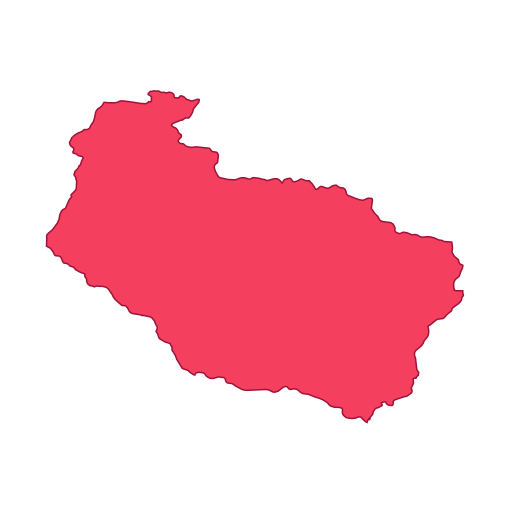 the district of Guadalupe, Antioquia, Colombia, rotated 96°
{"feature_id": "7082276B7072789807287", "entity_name": "Guadalupe", "entity_type": "district", "adm_level": 2, "iso_a3": "COL", "parent_name": "Colombia", "parent_adm1": "Antioquia", "projection": "natural_earth1", "projection_center": [-75.232, 6.863], "detail": "fine", "context": "isolated", "style": "filled", "palette": "rose", "viewbox_px": 512, "rotation_deg": 96, "n_neighbors": 0, "source": "geoboundaries", "source_scale": "gbopen_adm2", "svg_char_len": 6074}
<svg xmlns="http://www.w3.org/2000/svg" viewBox="0 0 512 512"><g transform="rotate(96 256 256)"><path d="M103.4,378.5L103.9,378.7L105.7,380.2L106.3,380.2L106.8,380.0L107.5,378.2L108.6,376.7L109.4,376.4L110.7,376.6L112.7,376.2L113.8,377.0L113.7,379.0L114.8,379.6L116.1,381.8L116.3,387.0L115.7,399.6L115.7,405.8L116.2,407.6L117.6,409.9L118.4,412.5L119.0,418.7L119.0,422.7L119.3,423.4L121.3,424.1L122.8,425.0L124.8,426.8L126.0,428.6L128.1,429.9L130.0,430.5L135.6,431.0L139.6,431.8L142.2,433.4L146.2,434.9L147.4,436.1L148.0,438.0L148.2,439.9L148.6,440.5L150.5,442.3L152.4,446.0L153.7,447.7L155.6,449.9L156.8,450.6L157.5,451.5L160.9,452.6L161.9,453.3L163.1,453.3L164.7,452.6L165.9,451.7L167.9,448.7L168.6,448.3L170.0,448.3L171.2,449.0L172.5,448.8L173.0,447.9L173.0,446.0L174.8,443.1L175.2,439.5L176.0,438.4L176.6,438.1L179.7,439.4L183.6,440.1L185.1,441.6L186.5,441.8L187.6,442.3L190.8,444.9L192.1,445.0L193.3,445.5L194.5,445.4L196.4,443.7L198.6,443.0L200.1,442.2L207.9,441.8L209.5,442.4L214.3,446.2L215.2,446.3L215.9,445.7L216.9,445.7L218.6,447.1L219.9,447.8L228.2,450.4L228.9,450.9L230.0,452.9L231.3,454.0L235.7,455.5L240.0,455.7L243.9,456.9L251.3,461.3L254.6,464.5L256.9,466.2L258.3,466.3L260.5,465.9L268.1,465.4L269.9,461.1L273.5,457.9L275.8,456.6L276.5,455.7L276.7,455.1L276.6,452.0L277.5,449.9L281.6,447.8L283.1,446.4L283.3,442.9L284.0,441.7L285.5,439.7L286.1,436.7L286.7,435.7L288.2,434.3L288.7,433.5L290.7,428.7L291.4,425.4L291.9,424.4L294.5,424.0L296.4,422.2L298.6,421.8L300.5,421.0L301.5,420.3L302.8,418.2L303.0,415.2L303.6,413.7L302.4,411.0L302.6,408.7L302.3,407.1L302.3,404.8L302.8,401.7L304.1,399.5L309.5,394.9L311.6,393.7L313.6,391.9L316.8,387.7L318.9,384.6L319.2,383.7L319.1,381.0L319.3,380.2L321.1,378.3L324.2,376.3L325.5,374.8L326.1,372.9L326.6,364.8L327.1,363.1L326.8,363.1L327.4,356.8L327.7,354.5L328.3,353.2L331.2,350.2L333.9,348.9L337.0,346.8L338.8,346.7L341.5,347.5L343.8,345.7L347.8,343.9L348.5,342.9L351.0,337.5L351.8,333.3L352.3,332.1L353.8,331.4L355.2,330.0L357.9,329.8L359.0,329.4L360.2,328.2L363.4,325.8L367.1,324.0L371.0,320.9L374.0,318.8L375.4,317.6L375.8,316.7L376.8,311.8L378.8,309.2L380.6,305.6L380.8,304.4L379.0,303.7L378.2,302.8L377.6,300.0L377.8,295.9L378.5,294.7L380.5,293.0L381.6,291.1L382.4,289.0L382.3,285.8L380.2,280.7L380.3,275.1L381.1,274.0L383.5,273.0L385.0,271.8L385.3,270.6L385.4,266.5L386.4,264.4L387.3,263.0L388.9,259.1L390.1,256.1L390.6,253.4L390.6,251.4L387.7,232.1L387.8,229.6L389.5,224.9L389.5,223.2L388.2,219.9L383.5,215.0L382.7,213.2L382.8,211.2L384.4,209.8L385.1,208.6L385.0,207.3L384.1,204.4L384.3,201.6L384.9,200.4L386.6,197.9L387.9,195.2L388.1,189.4L390.2,181.9L390.7,178.9L392.0,174.5L394.2,170.0L396.8,167.2L397.6,165.5L398.2,162.2L397.9,157.6L398.2,155.3L398.7,154.4L399.5,154.0L402.5,153.8L404.3,153.2L405.4,152.2L407.2,149.6L407.6,146.5L407.5,143.1L406.7,139.8L405.2,136.9L405.2,135.5L405.7,134.1L407.0,132.9L409.2,130.0L409.9,128.1L408.7,128.0L407.2,127.4L406.8,126.5L406.8,125.9L405.8,125.7L405.8,126.5L401.3,123.4L398.6,123.1L396.0,121.8L394.9,120.7L393.6,117.9L391.7,115.1L390.9,114.9L389.9,115.8L388.8,115.9L387.5,112.6L387.5,111.9L389.3,110.8L390.0,109.7L390.5,108.0L390.5,105.2L390.0,104.5L389.2,104.1L386.2,104.3L384.6,103.0L380.8,94.7L379.7,91.4L376.2,87.3L375.6,86.9L374.1,86.7L373.4,86.7L371.9,87.6L370.6,87.6L366.1,86.1L364.8,86.2L363.3,86.7L361.5,86.7L361.2,86.2L360.8,84.1L359.3,83.7L357.6,82.1L354.9,82.0L352.2,84.2L341.0,86.7L338.6,87.8L337.1,88.2L335.7,88.1L334.1,87.8L333.1,87.1L328.8,82.8L326.9,81.4L325.3,80.6L322.5,79.8L318.9,77.3L317.4,76.7L315.5,76.3L313.0,76.3L310.6,76.8L307.9,77.7L306.4,75.6L300.7,70.0L299.9,68.7L298.7,63.7L297.6,62.3L293.9,59.6L290.4,56.1L289.9,55.8L287.9,55.5L287.2,55.1L282.2,49.7L280.0,47.9L278.6,47.2L275.6,46.8L273.8,45.7L273.0,45.7L270.8,46.6L269.0,46.7L269.6,53.3L269.4,54.9L267.1,55.9L264.3,56.4L261.8,56.5L259.5,55.8L257.6,54.5L255.4,52.2L254.1,51.6L249.0,50.4L246.8,49.5L243.8,49.2L243.6,49.3L242.7,52.0L242.1,52.9L240.3,53.8L238.6,54.2L235.6,58.7L232.8,60.8L231.2,61.5L227.0,61.5L221.7,62.7L221.9,70.0L221.8,71.0L221.1,72.3L220.9,75.9L219.3,80.9L218.8,84.4L218.9,87.3L219.8,92.3L219.8,94.3L218.3,97.6L218.0,100.8L218.5,102.0L218.5,103.8L217.2,107.8L216.9,111.4L217.1,112.5L218.5,114.8L218.7,115.4L218.2,118.2L217.7,119.3L216.6,120.5L213.5,120.7L211.5,121.8L209.8,123.2L208.7,125.5L208.5,133.7L208.0,135.6L206.9,137.0L203.8,139.1L201.1,142.5L196.6,146.3L188.6,146.0L187.3,146.3L186.7,146.8L186.7,150.1L187.3,151.7L189.2,154.8L189.4,155.5L189.3,158.2L188.8,161.4L186.0,171.2L184.4,172.7L182.2,173.3L180.0,174.8L179.3,176.2L179.1,180.0L178.6,181.3L177.1,183.7L178.0,186.9L181.1,191.1L181.0,194.0L180.1,196.8L180.0,198.6L180.6,199.8L182.6,201.6L183.5,203.0L183.4,203.8L181.1,205.3L178.5,207.5L175.6,210.8L175.9,214.2L174.7,218.6L174.9,219.8L176.8,222.3L178.0,224.8L178.2,225.6L178.0,227.3L175.9,228.9L175.2,230.0L175.2,230.8L176.0,233.5L177.3,235.9L180.7,237.6L180.7,237.9L179.5,238.8L177.8,241.0L177.1,242.4L177.0,244.3L177.4,246.4L179.9,253.0L179.1,255.2L179.0,257.7L178.4,260.7L178.3,266.1L178.5,267.7L179.9,269.4L180.3,270.6L179.4,275.5L179.6,278.2L180.3,280.3L182.0,283.6L182.5,285.4L182.8,292.1L181.8,300.4L181.1,301.5L179.2,303.2L175.5,305.5L172.5,306.8L170.4,306.7L169.5,306.3L168.9,305.9L167.8,304.6L166.8,304.0L160.0,303.9L158.2,304.7L157.3,305.5L156.9,306.4L156.7,310.1L156.3,311.1L154.4,312.8L153.7,313.8L153.7,326.9L154.7,331.5L154.6,334.7L153.9,337.5L152.1,339.8L151.9,343.4L150.5,345.1L149.6,345.4L148.4,345.0L145.5,342.8L144.6,342.7L143.4,343.0L141.4,345.9L138.7,347.4L137.2,349.1L136.1,352.4L134.7,353.8L133.4,353.0L132.6,352.0L129.0,345.3L128.4,343.1L127.4,342.3L125.8,339.8L125.9,337.8L125.7,337.3L123.6,335.8L119.9,334.2L115.9,333.4L109.3,329.1L107.7,328.7L106.3,328.9L106.2,330.7L107.3,332.7L108.3,335.5L108.5,336.8L107.4,341.4L105.1,344.6L104.5,346.9L104.7,348.0L106.4,349.2L107.0,350.1L107.0,353.5L106.4,354.0L104.7,354.3L103.7,354.9L102.7,356.3L102.2,358.0L102.2,359.7L103.2,361.9L102.8,365.0L103.3,367.3L102.3,369.4L102.1,370.8L102.5,372.6L102.4,374.8L103.1,376.6L103.4,378.5Z" fill="#f43f5e" stroke="#9f1239" stroke-width="1.5"/></g></svg>